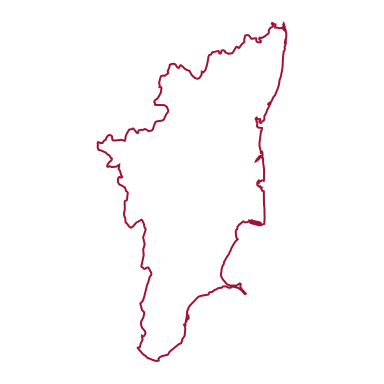 outline of Tamil Nadu
{"feature_id": "IND-3263", "entity_name": "Tamil Nadu", "entity_type": "State", "adm_level": 1, "iso_a3": "IND", "parent_name": "India", "parent_adm1": "", "projection": "equal_earth", "projection_center": [78.435, 10.806], "detail": "fine", "context": "isolated", "style": "outline", "palette": "rose", "viewbox_px": 384, "rotation_deg": 0, "n_neighbors": 0, "source": "natural_earth", "source_scale": "10m", "svg_char_len": 5974}
<svg xmlns="http://www.w3.org/2000/svg" viewBox="0 0 384 384"><path d="M263.8,191.3L264.0,204.8L264.4,207.3L264.6,218.0L264.3,223.3L264.1,224.0L261.5,224.8L260.7,224.4L260.8,223.1L259.7,222.3L254.0,221.1L253.5,221.4L253.1,222.3L255.3,222.5L257.2,223.6L259.8,224.0L260.5,224.5L260.4,225.3L259.8,225.5L250.5,223.0L250.3,222.1L252.7,221.1L252.8,220.7L251.9,220.2L251.0,220.7L249.2,220.5L249.4,221.5L246.0,222.4L245.0,222.3L243.2,221.4L238.9,224.9L237.4,227.0L237.3,229.2L236.3,229.8L235.7,231.2L236.1,236.2L236.6,238.1L237.7,239.3L236.0,240.8L234.1,243.3L231.4,248.2L230.5,250.8L229.5,252.3L229.2,253.7L226.7,257.2L224.0,262.1L223.8,263.9L222.5,266.1L221.7,268.7L221.4,271.7L220.9,274.1L221.0,275.4L221.8,277.7L223.0,279.6L226.7,284.0L228.3,284.9L230.2,285.5L236.5,285.6L239.6,283.5L240.6,283.9L240.8,284.5L240.3,286.3L241.2,288.6L245.8,293.7L245.2,294.1L244.4,293.7L241.5,290.3L238.4,288.0L232.5,286.5L230.9,287.6L228.9,287.8L226.1,286.5L224.4,286.3L222.9,286.5L221.6,287.8L220.1,287.8L217.7,288.4L216.4,289.4L214.6,289.9L212.3,291.9L210.0,292.1L209.3,292.5L208.7,294.1L208.1,294.6L201.2,295.8L199.5,296.3L197.8,297.3L189.8,305.7L188.8,307.3L187.2,311.2L186.8,316.3L186.3,318.9L186.9,318.2L188.0,317.8L188.5,316.7L188.7,318.1L188.2,318.9L186.6,320.1L185.9,322.2L185.3,323.4L185.1,324.0L185.4,324.8L184.1,324.8L185.0,326.8L185.3,328.8L184.7,335.3L184.1,336.7L182.5,338.8L181.3,343.1L178.8,344.2L169.8,351.5L168.1,354.4L167.3,354.9L162.3,356.0L160.1,357.0L158.5,358.6L158.7,360.6L156.2,361.0L153.4,360.2L147.2,357.7L145.8,356.1L143.0,354.2L137.7,348.0L138.2,347.4L139.3,347.5L140.1,346.9L140.5,344.0L142.6,339.7L142.1,337.3L142.1,335.9L143.0,336.6L143.9,336.1L144.8,334.9L145.5,333.0L145.0,331.2L142.0,327.6L141.3,325.9L141.0,321.9L143.5,316.9L144.3,312.8L143.9,311.9L142.0,310.1L140.3,303.5L142.4,301.4L143.3,299.6L144.4,296.0L147.1,284.9L148.3,282.2L149.7,276.9L151.3,274.9L151.3,273.4L151.1,272.5L148.4,267.5L146.9,267.6L144.8,268.9L144.0,268.9L143.1,267.8L141.6,267.0L141.3,266.5L143.7,255.2L143.2,249.4L144.7,244.4L143.1,237.4L145.4,230.7L145.6,228.9L144.5,227.2L143.9,223.9L142.5,220.8L141.6,219.7L136.2,222.7L133.7,225.7L131.4,227.6L130.8,227.6L129.2,226.7L127.3,224.0L125.5,222.2L125.3,218.4L124.4,216.4L124.0,214.4L124.1,212.4L124.7,210.5L124.8,207.3L124.6,202.3L125.0,201.0L126.6,200.4L127.1,199.4L127.3,196.2L127.8,193.2L127.5,192.1L126.1,191.0L125.0,187.6L122.2,185.8L119.2,184.4L118.0,182.2L117.8,180.2L118.5,177.5L119.5,177.0L121.2,177.7L121.9,177.3L122.2,176.7L121.2,175.2L120.0,171.0L118.6,168.8L119.1,166.4L119.2,164.8L116.4,166.6L111.8,167.1L109.7,166.2L108.3,166.8L107.5,166.7L107.2,166.3L107.3,165.1L108.7,162.8L111.5,160.2L111.9,158.6L110.7,157.7L109.2,155.3L107.5,154.4L105.7,152.5L100.8,150.4L98.7,149.9L98.1,148.9L97.6,146.8L97.9,144.9L97.6,143.3L98.0,142.2L99.2,142.4L100.7,143.2L102.6,142.9L104.2,140.5L106.1,139.4L106.1,138.3L107.2,136.4L108.4,135.3L109.2,135.0L110.1,135.1L111.4,135.7L112.0,136.4L112.3,139.6L113.0,140.3L114.8,140.5L121.5,139.8L124.7,140.8L125.2,139.8L125.8,135.9L126.9,133.4L129.2,129.6L131.5,129.2L132.8,128.5L133.5,128.7L136.7,132.7L137.4,133.1L137.9,133.0L138.5,130.5L139.0,130.3L140.9,129.8L143.1,129.9L144.8,129.0L146.6,129.7L148.5,131.1L151.7,130.6L152.9,129.3L154.2,125.0L155.4,122.3L156.7,121.4L162.5,120.5L163.8,119.5L166.3,114.1L167.8,112.2L168.1,111.5L168.3,110.3L166.8,106.9L165.1,105.5L163.6,105.1L155.2,104.9L154.9,104.4L155.0,103.4L154.9,102.8L154.3,102.3L154.3,101.5L155.0,100.2L157.3,98.7L158.7,96.7L160.8,92.6L161.5,88.0L161.0,87.1L159.5,87.1L159.7,85.1L159.1,83.1L159.9,79.2L161.0,76.2L162.4,75.6L164.7,75.8L168.1,73.3L167.7,71.2L169.3,67.6L169.8,64.8L171.8,63.9L174.5,63.9L175.5,64.6L177.3,67.3L178.3,68.0L179.2,67.6L180.3,65.3L181.5,65.5L185.0,68.9L186.4,69.8L189.4,70.8L191.5,74.6L192.6,76.0L195.1,78.1L196.7,78.6L198.4,78.6L199.4,78.0L201.4,75.2L201.8,71.7L203.0,72.4L203.4,72.3L205.4,70.1L206.9,65.2L208.0,60.1L208.5,56.5L209.2,55.1L211.2,54.4L212.1,52.4L218.3,51.0L218.8,51.3L219.4,53.4L220.2,53.6L221.2,52.6L221.6,50.6L223.0,50.2L224.7,50.8L225.3,52.5L226.9,52.9L228.3,53.8L232.1,53.2L232.9,52.4L236.2,46.9L237.5,46.9L238.2,47.8L239.2,47.8L242.1,43.8L244.0,42.4L244.3,41.7L244.2,39.4L244.7,38.2L244.9,36.2L245.3,35.6L246.1,35.2L247.9,35.1L249.1,35.6L251.4,38.8L255.9,38.2L256.3,38.5L256.3,40.6L256.6,41.4L257.7,42.3L260.3,42.4L260.7,42.2L260.9,41.1L259.3,39.3L259.4,37.9L259.7,37.6L261.3,38.0L262.1,37.8L264.7,36.4L268.5,33.4L268.9,32.6L268.7,30.9L269.1,29.6L270.5,27.8L272.5,26.9L273.0,26.2L272.9,25.3L271.8,23.7L272.0,23.1L272.7,23.0L274.4,24.4L275.5,24.4L275.5,25.2L275.0,27.1L275.2,27.7L277.5,27.7L279.8,28.3L280.8,28.2L282.7,27.1L282.5,28.2L284.6,30.5L284.9,29.6L285.5,29.5L286.4,34.5L285.8,41.0L285.2,40.6L284.9,42.7L285.8,42.3L285.8,43.8L284.6,47.0L284.9,49.5L283.6,51.8L282.9,58.6L282.6,66.1L282.1,70.6L281.3,73.8L281.1,76.0L279.6,79.8L278.9,84.8L277.8,88.4L275.0,95.3L273.4,97.1L271.8,100.6L270.9,101.9L268.5,103.5L268.1,104.2L268.5,104.5L270.9,102.8L267.3,109.7L266.0,113.4L264.7,115.4L264.3,116.3L264.4,119.1L263.8,120.5L262.7,121.0L261.1,122.8L260.5,123.0L259.4,121.5L260.2,120.1L260.1,119.1L257.9,119.3L256.6,117.6L255.8,118.4L255.6,119.2L256.5,120.6L256.7,122.3L257.4,123.0L257.4,124.1L256.9,125.8L257.1,126.5L258.4,127.6L262.0,128.0L261.7,130.3L261.2,130.8L260.9,132.0L259.4,143.8L259.6,146.4L260.7,150.8L260.9,153.2L261.3,153.2L261.5,152.6L261.2,151.5L262.0,151.6L262.3,152.1L262.6,155.3L262.5,155.9L262.1,156.1L260.2,156.0L259.3,156.4L256.3,160.2L255.9,161.2L256.8,160.8L259.4,158.5L259.7,157.4L260.5,157.1L263.0,158.1L263.2,163.2L264.1,169.6L264.0,179.1L263.8,180.8L261.9,180.4L260.9,181.3L258.7,180.4L258.4,180.6L258.3,181.0L258.8,181.5L259.1,182.8L258.5,183.2L258.0,182.5L257.3,182.5L257.2,183.0L257.8,183.5L257.3,184.4L257.3,185.1L258.0,185.7L258.9,186.0L259.3,186.7L260.1,186.4L260.5,187.5L261.8,187.5L261.3,189.1L261.5,189.7L262.2,190.3L262.3,190.8L263.8,191.3ZM283.7,23.5L284.7,26.4L284.9,28.8L284.6,28.8L283.2,24.4L283.7,23.5Z" fill="none" stroke="#9f1239" stroke-width="2"/></svg>